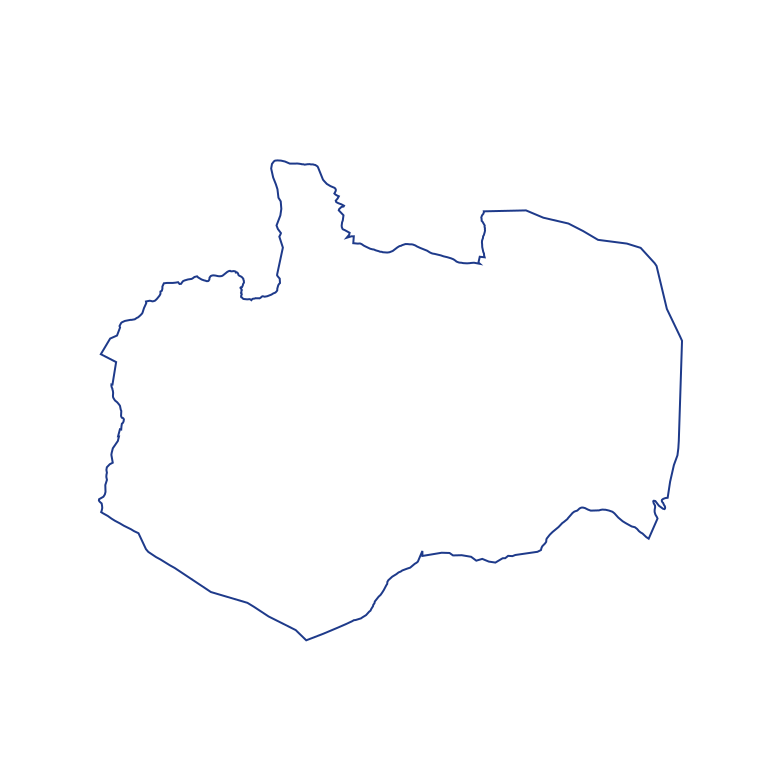 San Juan Cancuc, Chiapas, Mexico (Natural Earth projection), rotated 260°
{"feature_id": "50627088B84437137073669", "entity_name": "San Juan Cancuc", "entity_type": "district", "adm_level": 2, "iso_a3": "MEX", "parent_name": "Mexico", "parent_adm1": "Chiapas", "projection": "natural_earth1", "projection_center": [-92.376, 16.931], "detail": "fine", "context": "isolated", "style": "outline", "palette": "blue", "viewbox_px": 768, "rotation_deg": 260, "n_neighbors": 0, "source": "geoboundaries", "source_scale": "gbopen_adm2", "svg_char_len": 6143}
<svg xmlns="http://www.w3.org/2000/svg" viewBox="0 0 768 768"><g transform="rotate(260 384 384)"><path d="M594.3,312.9L585.8,312.4L581.8,314.0L574.3,313.3L568.0,311.2L558.8,305.7L555.1,306.4L550.5,308.7L549.3,308.0L547.3,306.5L535.9,308.1L510.5,297.8L509.5,297.6L508.2,298.2L505.9,299.6L501.5,299.1L500.7,298.0L499.6,297.0L496.5,295.5L494.7,295.1L493.9,294.3L492.9,292.9L492.4,290.6L491.6,288.7L490.7,284.2L490.7,281.6L491.3,280.3L491.5,279.5L491.3,278.9L490.3,277.3L490.0,276.3L490.8,272.3L490.6,271.6L490.7,269.8L490.6,269.2L489.6,267.9L490.4,267.3L490.9,266.4L491.1,264.0L492.1,260.5L492.6,259.9L493.8,259.2L494.2,258.5L495.4,258.5L497.0,259.5L497.7,259.4L497.9,259.1L498.5,259.0L499.0,259.5L500.4,259.7L501.2,260.3L501.6,260.0L502.5,260.0L503.3,259.4L503.8,259.4L504.1,259.8L504.1,261.0L505.7,262.1L506.8,262.5L508.2,263.7L510.3,263.9L511.2,263.6L512.1,263.7L513.8,262.7L514.8,261.7L515.8,260.2L516.9,259.5L517.9,259.5L518.3,259.4L519.1,258.9L519.4,258.6L519.5,257.5L520.1,257.6L520.5,257.4L521.3,255.7L521.4,253.5L521.7,252.6L522.2,252.0L522.1,250.6L521.6,249.1L518.9,244.2L518.6,243.4L518.5,242.6L518.6,241.0L519.0,239.4L520.0,237.0L520.6,235.0L520.7,233.6L520.4,232.1L519.1,230.7L517.1,230.1L516.0,229.0L515.9,228.4L516.1,227.1L516.7,226.2L517.3,224.8L518.6,222.5L521.2,219.5L522.5,218.6L522.3,215.9L521.4,214.2L520.9,212.8L521.0,209.1L520.6,205.5L520.2,204.0L519.1,202.7L517.9,201.6L518.0,200.0L520.0,198.9L520.0,196.5L520.2,193.7L521.2,188.1L521.4,184.7L518.5,182.7L516.3,182.3L514.4,181.4L513.9,179.9L511.6,179.5L510.1,178.4L507.3,175.2L505.9,173.1L505.6,171.7L505.6,170.3L506.4,168.6L506.7,167.6L506.6,163.9L504.9,163.9L500.4,160.8L496.4,158.7L495.5,158.1L494.0,156.1L492.4,153.5L492.0,152.0L491.0,149.8L491.0,146.6L491.2,145.3L491.1,139.8L490.3,136.7L489.7,135.7L487.0,133.6L485.5,133.9L478.1,129.5L476.3,122.2L462.5,110.3L452.1,124.0L430.6,116.5L430.9,115.5L430.1,115.4L429.8,115.2L428.0,115.3L426.5,115.7L425.6,115.6L424.6,115.8L422.3,115.7L419.4,115.0L418.2,114.9L416.9,115.2L414.5,116.2L412.3,118.1L409.7,119.6L408.3,120.2L404.3,120.3L403.1,120.6L398.2,119.5L397.1,119.7L396.3,120.0L395.8,121.0L395.1,121.5L394.3,121.7L392.3,121.0L391.6,120.5L390.9,119.9L390.5,119.0L387.9,118.1L384.8,117.3L385.3,116.1L378.6,113.0L378.4,113.9L374.1,112.0L367.8,105.8L363.6,103.9L361.6,103.2L353.6,103.2L352.6,100.0L350.1,96.6L347.6,95.7L344.7,95.7L342.8,94.9L340.7,94.4L337.7,94.5L332.9,92.0L326.1,91.0L323.7,89.9L321.7,88.1L320.0,83.4L318.7,83.0L317.4,83.6L315.4,85.2L313.0,85.2L310.8,85.0L308.1,83.9L307.0,83.2L305.9,84.3L302.0,89.1L298.8,92.2L296.1,95.2L292.6,99.7L289.6,103.2L284.9,109.6L282.5,112.3L279.7,116.3L262.7,120.9L259.6,122.7L253.1,129.5L250.0,133.4L242.6,141.7L239.2,145.9L209.2,177.4L192.2,211.5L187.1,217.3L175.1,230.0L157.0,254.3L145.1,262.9L148.6,280.9L151.9,295.4L154.2,305.0L156.0,311.7L156.6,313.2L156.5,315.1L157.2,320.7L157.9,322.1L159.5,326.2L162.4,329.9L163.1,331.3L164.8,332.5L167.1,334.6L168.4,335.1L169.7,336.5L171.4,337.2L175.5,341.8L176.9,344.0L178.9,346.0L181.1,348.0L185.5,351.4L186.5,352.4L188.6,353.0L190.0,354.2L192.8,358.6L194.6,363.2L195.9,365.6L196.4,367.9L197.2,369.6L198.2,375.0L198.6,377.9L201.6,383.1L202.3,385.0L203.2,386.5L212.9,392.8L208.0,392.0L207.8,411.5L206.2,419.2L203.2,422.2L201.9,430.8L198.7,439.8L194.0,444.2L194.7,450.4L190.9,456.4L188.8,462.7L191.8,470.6L191.4,473.1L193.2,476.4L192.2,480.6L192.8,483.6L192.1,506.0L193.2,509.7L195.5,510.8L196.8,511.8L199.0,514.9L200.4,516.3L202.6,516.9L203.5,517.4L206.8,521.1L209.0,524.3L212.8,531.0L216.2,535.6L216.6,536.6L219.1,541.1L220.0,542.0L223.2,546.0L224.2,547.2L225.3,549.3L225.8,552.4L227.5,555.0L228.0,556.8L227.8,558.4L226.9,560.4L225.0,562.9L223.4,565.6L222.2,573.9L222.4,575.3L222.4,577.3L222.0,578.9L221.7,580.3L220.3,583.6L218.5,586.8L216.6,588.5L211.8,591.5L207.4,595.2L205.0,597.9L200.7,603.2L199.4,606.2L197.3,608.1L194.9,609.5L193.2,611.0L191.9,612.6L187.7,615.7L185.7,617.8L204.0,630.0L205.4,629.7L208.3,628.6L211.0,628.3L213.2,628.7L215.5,629.6L217.2,629.8L219.7,628.9L221.8,628.8L222.2,629.5L221.6,630.9L216.4,633.6L212.7,637.1L212.1,638.5L212.6,639.1L213.5,639.4L214.3,639.4L215.3,639.2L216.3,638.7L218.5,638.2L218.9,637.8L220.2,637.3L220.9,637.3L221.7,637.7L222.4,639.1L222.8,641.3L222.7,643.6L238.1,648.8L253.8,655.4L262.8,660.6L269.6,662.7L276.6,664.4L374.8,685.0L379.1,683.9L408.8,675.6L452.9,672.9L456.0,671.5L473.5,660.4L480.1,647.6L488.8,619.8L500.0,606.7L510.0,593.5L520.1,569.8L530.3,554.0L536.7,512.3L535.9,512.3L535.4,511.9L534.5,511.5L533.0,509.8L531.0,508.7L529.9,508.8L527.7,508.5L526.7,509.2L522.6,510.7L521.3,510.3L519.9,510.5L519.1,510.2L517.9,510.2L516.4,509.7L513.3,508.2L512.3,507.3L510.3,506.7L509.4,506.1L508.0,505.4L506.2,505.0L504.7,504.9L501.8,504.5L496.8,504.7L495.1,505.1L493.1,504.9L491.3,505.1L492.7,500.4L487.2,498.1L485.7,499.3L487.8,493.7L488.1,490.6L488.1,489.6L488.4,486.8L489.3,482.9L489.9,481.5L490.5,479.2L490.9,478.4L492.0,476.6L492.9,475.9L494.7,474.1L496.1,471.9L497.9,468.3L499.4,464.8L500.8,462.3L503.4,456.3L503.9,454.8L504.5,453.6L505.7,451.9L507.8,449.6L511.7,443.3L513.7,440.4L515.0,438.9L516.3,436.7L516.8,435.3L517.0,433.9L517.7,431.5L518.1,429.5L517.6,426.0L517.2,425.0L517.1,423.2L516.2,420.9L513.5,415.7L512.8,412.3L512.9,410.0L514.0,405.6L514.6,404.7L514.9,403.2L515.7,401.9L517.1,399.0L518.2,397.4L518.6,396.1L519.6,393.9L522.9,389.3L523.9,388.0L525.7,386.2L526.6,384.7L526.8,382.6L528.0,378.2L534.7,379.9L535.1,377.5L534.5,372.6L537.0,375.6L538.9,376.4L542.5,371.9L543.3,370.6L543.9,370.1L545.8,369.7L547.3,369.8L550.5,370.8L552.2,371.8L557.2,373.4L562.9,369.6L564.0,370.2L565.8,372.9L565.8,375.0L566.5,375.6L568.3,373.3L570.0,370.4L571.4,368.6L572.9,368.3L574.7,370.5L576.7,372.1L577.7,370.6L579.0,369.1L580.2,368.2L582.4,369.9L583.5,370.3L584.9,370.0L585.8,369.3L588.2,365.6L591.0,362.4L594.1,360.4L595.8,359.4L608.6,356.7L609.8,356.3L611.6,354.4L612.0,353.3L612.6,352.2L613.0,350.0L613.4,349.1L613.7,347.1L613.8,343.9L614.4,342.7L614.6,341.4L614.9,340.9L615.5,339.2L616.1,337.2L617.4,329.5L620.3,325.1L621.9,321.3L622.7,317.9L622.9,315.5L622.4,314.3L620.2,311.9L615.8,310.3L606.7,310.7L599.4,312.2L594.3,312.9Z" fill="none" stroke="#1e3a8a" stroke-width="2"/></g></svg>